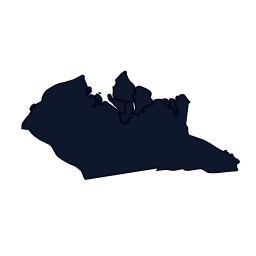 Indragiri Hilir, Riau, Indonesia, rotated 261°
{"feature_id": "22746128B36468792556341", "entity_name": "Indragiri Hilir", "entity_type": "district", "adm_level": 2, "iso_a3": "IDN", "parent_name": "Indonesia", "parent_adm1": "Riau", "projection": "equal_earth", "projection_center": [103.334, -0.292], "detail": "fine", "context": "isolated", "style": "filled", "palette": "ink", "viewbox_px": 256, "rotation_deg": 261, "n_neighbors": 0, "source": "geoboundaries", "source_scale": "gbopen_adm2", "svg_char_len": 6005}
<svg xmlns="http://www.w3.org/2000/svg" viewBox="0 0 256 256"><g transform="rotate(261 128 128)"><path d="M152.1,184.4L151.5,183.7L150.0,183.2L151.6,181.6L151.5,181.0L150.3,180.1L148.0,180.0L145.9,178.8L141.5,179.1L137.6,180.1L135.9,179.4L134.4,179.6L131.9,177.6L132.8,177.0L135.0,176.6L136.2,176.0L140.0,174.8L140.8,173.9L142.1,171.8L142.1,171.2L142.6,170.4L142.9,170.1L144.0,170.1L145.7,168.0L147.2,168.0L149.9,166.8L150.6,165.7L151.1,164.4L151.6,160.9L151.5,159.7L150.9,158.1L148.6,157.4L147.2,156.2L146.9,154.4L146.0,151.7L145.4,146.0L144.8,145.9L142.6,146.8L141.0,146.4L142.0,142.8L142.0,142.2L141.7,141.7L140.8,141.4L139.6,140.2L139.3,139.3L140.3,136.7L141.2,135.6L140.6,134.6L137.2,132.2L135.2,129.6L133.7,129.6L133.6,127.4L132.4,126.9L132.0,126.4L131.9,125.3L133.8,124.4L135.2,121.9L136.7,120.9L139.7,121.9L140.6,121.9L147.9,119.8L151.3,116.1L153.4,114.3L154.0,113.3L157.0,111.0L157.7,109.5L157.3,108.0L154.8,106.2L154.9,104.2L156.1,103.4L156.5,102.0L156.3,101.5L155.6,100.7L155.9,99.9L155.5,98.1L154.6,98.7L154.1,98.4L154.3,97.2L153.9,96.9L154.6,96.3L157.7,99.5L157.9,99.9L157.9,101.0L158.4,101.1L159.7,100.4L160.9,101.2L161.5,100.5L163.5,100.0L164.6,99.0L165.3,98.8L166.2,97.4L166.6,96.5L166.5,95.6L165.8,95.0L164.8,95.7L164.1,95.6L165.8,93.8L166.8,93.3L168.4,91.9L170.1,92.9L170.6,92.7L172.9,93.5L172.8,92.9L174.3,93.9L175.4,94.0L180.0,93.0L180.7,92.6L181.3,92.7L182.1,92.1L186.2,92.6L186.9,91.8L187.0,91.1L184.0,82.0L182.6,71.9L182.5,67.7L181.6,63.5L180.2,59.5L177.7,53.7L176.9,52.5L174.2,50.0L171.6,48.4L168.2,47.4L167.2,45.9L165.8,41.6L164.8,40.5L162.7,38.4L160.7,35.6L157.2,33.5L157.1,33.0L156.5,32.8L156.4,32.5L156.1,32.4L153.8,29.4L151.8,27.6L151.7,27.1L151.1,26.9L149.6,25.1L147.5,24.0L144.1,23.3L142.2,29.9L138.4,32.0L134.7,34.8L130.2,39.6L124.3,48.1L121.6,50.1L113.3,53.1L111.1,54.4L106.9,58.7L103.0,63.5L98.5,70.6L95.2,73.7L93.3,75.1L91.5,76.0L86.8,76.8L84.2,77.8L84.2,148.4L84.5,149.4L83.3,151.3L82.8,151.3L81.8,150.3L81.4,159.2L79.4,165.7L79.2,167.4L79.5,175.9L77.5,178.1L76.9,181.5L76.8,192.8L76.4,194.2L75.7,195.5L72.4,199.4L71.7,200.8L71.0,203.3L70.2,209.3L69.7,219.9L69.0,229.0L69.4,229.6L70.6,229.5L72.0,228.9L74.8,229.2L75.4,229.6L76.1,231.2L77.1,232.5L77.6,232.7L78.3,231.9L79.9,231.2L80.2,229.4L81.2,229.3L81.3,227.9L81.8,228.3L83.1,227.6L83.5,227.7L84.2,226.6L85.5,227.1L85.9,226.4L85.7,224.1L86.4,223.3L87.0,223.3L87.4,222.9L87.9,223.0L88.2,222.2L87.8,221.4L88.0,220.8L89.2,221.6L89.5,221.2L90.3,221.4L90.2,219.8L89.5,219.0L90.4,217.1L94.3,212.2L99.7,206.2L104.0,200.6L111.0,187.4L111.8,186.4L115.2,186.3L119.4,186.8L122.1,185.3L123.7,185.6L143.0,191.1L143.3,191.3L143.5,192.5L144.1,192.9L144.5,192.7L145.0,191.9L146.1,191.5L151.9,188.4L152.4,186.0L152.1,184.4ZM164.1,119.0L162.6,118.4L160.9,118.8L159.1,121.4L156.8,125.7L154.7,129.8L154.1,132.7L152.9,136.4L153.2,137.2L153.9,138.0L154.6,138.2L158.7,136.6L159.7,137.2L161.1,140.0L163.4,139.5L165.0,139.5L166.5,140.9L166.9,140.6L167.4,141.0L169.5,140.1L171.9,138.4L172.9,137.3L175.3,136.3L175.7,135.9L179.9,134.8L182.2,134.6L183.6,134.9L184.3,134.4L184.2,133.4L182.6,130.1L177.2,123.5L176.5,123.4L175.5,124.0L175.4,123.7L173.0,123.1L172.9,122.7L172.0,122.2L171.4,121.4L170.8,119.9L170.4,119.7L168.2,119.7L166.1,119.4L164.9,118.9L164.1,119.0ZM145.1,138.3L141.7,136.1L140.5,136.8L139.5,139.4L140.8,141.0L141.9,141.5L142.2,142.0L141.6,146.0L145.0,145.3L145.9,146.3L147.7,155.5L148.0,156.1L149.3,156.7L150.4,156.8L151.0,156.2L152.3,155.9L153.4,154.9L154.5,154.5L158.3,156.2L158.7,156.0L158.7,155.7L159.3,155.9L160.3,155.5L162.3,153.8L162.6,153.0L162.8,153.0L163.6,152.0L166.9,146.7L167.3,145.7L167.4,144.9L167.0,143.3L165.5,141.5L164.0,140.9L161.3,141.5L160.7,141.2L159.8,139.9L159.2,138.1L158.7,137.7L154.7,139.2L153.3,138.7L152.5,137.8L150.6,138.6L148.4,138.9L145.1,138.3ZM139.5,122.9L137.0,121.9L136.3,121.9L134.3,125.0L132.5,126.1L132.6,126.4L133.8,126.9L134.2,127.7L136.0,128.5L138.1,131.2L139.5,131.8L140.8,132.8L142.7,135.1L144.8,136.2L150.6,136.3L151.6,135.9L153.0,134.1L153.7,131.7L153.7,130.6L151.7,129.2L150.2,129.3L148.5,128.1L147.3,128.1L146.4,128.5L144.6,127.0L143.2,127.3L143.0,127.0L142.9,126.4L143.7,124.6L142.8,122.8L139.5,122.9ZM154.8,126.8L159.4,117.9L159.6,117.4L158.9,116.5L155.6,117.1L152.7,118.1L150.4,120.3L148.8,121.3L143.0,122.7L143.7,124.4L143.7,124.7L143.1,126.4L143.1,127.0L144.6,126.9L146.2,128.3L147.5,127.8L148.6,127.9L150.3,129.1L152.3,129.1L153.7,130.2L154.8,126.8ZM142.7,172.1L142.2,172.3L141.1,174.3L140.3,175.2L134.5,177.0L133.2,177.1L132.7,177.5L133.2,178.3L134.1,179.0L136.3,179.0L138.0,179.6L141.0,178.4L143.3,178.5L145.9,178.0L147.9,178.5L149.1,177.5L150.0,175.6L149.9,174.1L149.5,174.1L149.5,173.8L148.2,172.8L145.5,173.3L142.7,172.1ZM165.6,101.9L164.8,100.3L163.6,100.9L162.0,100.9L161.4,101.6L160.1,102.2L159.1,103.0L159.4,104.2L158.1,104.4L158.1,106.1L160.5,106.6L162.0,106.2L165.5,104.0L166.0,103.4L166.3,102.5L165.6,101.9ZM150.9,167.6L150.7,167.3L150.0,167.2L148.5,167.5L147.4,168.2L145.9,168.2L143.9,170.4L142.9,170.3L142.3,171.0L142.1,171.6L144.2,172.0L145.6,172.7L149.4,171.4L150.0,170.9L150.8,169.6L150.9,167.6ZM163.3,113.3L160.5,113.4L158.6,114.0L155.6,116.5L158.8,115.9L160.6,116.9L163.8,115.6L164.0,114.8L163.8,113.8L163.3,113.3ZM170.8,94.9L170.8,94.2L170.4,93.5L168.4,92.1L166.9,93.5L168.4,95.0L168.7,96.0L169.2,96.7L170.5,97.5L171.4,97.3L171.4,96.9L170.8,94.9ZM165.8,39.6L166.1,39.1L166.0,38.5L165.0,36.6L162.8,34.6L161.8,34.3L161.2,34.6L161.9,36.0L163.0,37.5L165.8,39.6ZM173.2,97.7L174.5,96.3L174.4,95.7L172.9,93.8L170.7,93.0L170.3,93.1L170.8,94.1L171.5,96.7L172.5,97.6L173.2,97.7ZM157.9,104.4L159.3,104.0L158.9,103.0L157.9,102.0L157.4,102.0L156.8,102.3L156.3,103.7L155.2,104.6L156.8,105.9L157.9,106.1L157.9,104.4ZM155.4,97.4L154.4,96.6L154.2,96.8L154.5,97.7L154.3,98.2L154.7,98.4L155.2,97.8L155.7,98.0L156.1,99.4L155.9,100.7L156.7,101.8L157.6,101.5L159.1,102.5L160.2,101.4L159.7,100.9L158.6,101.6L157.8,101.3L157.5,100.9L157.5,100.0L156.3,98.9L155.4,97.4ZM165.9,106.2L166.7,106.1L166.9,105.6L165.9,106.2Z" fill="#0f172a" stroke="#020617" stroke-width="1.5"/></g></svg>